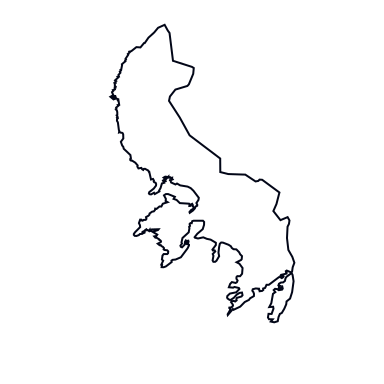 outline of Ulstein nor, Møre og Romsdal, Norway, rotated 326°
{"feature_id": "86288312B47478936056679", "entity_name": "Ulstein nor", "entity_type": "district", "adm_level": 2, "iso_a3": "NOR", "parent_name": "Norway", "parent_adm1": "Møre og Romsdal", "projection": "albers", "projection_center": [5.867, 62.327], "detail": "fine", "context": "isolated", "style": "outline", "palette": "ink", "viewbox_px": 384, "rotation_deg": 326, "n_neighbors": 0, "source": "geoboundaries", "source_scale": "gbopen_adm2", "svg_char_len": 6086}
<svg xmlns="http://www.w3.org/2000/svg" viewBox="0 0 384 384"><g transform="rotate(326 192 192)"><path d="M262.8,38.1L255.7,36.9L249.9,38.6L242.2,39.7L236.1,42.1L235.5,41.7L230.1,43.3L226.9,40.8L220.4,41.3L218.5,40.6L218.4,41.4L216.0,41.7L216.0,42.5L211.4,44.4L211.4,45.2L210.2,45.5L210.1,46.3L205.3,46.9L205.0,47.7L201.9,50.8L201.0,50.8L201.0,51.6L199.4,51.9L199.3,53.1L196.5,53.8L196.0,55.4L194.8,54.9L194.8,55.8L190.7,56.4L191.1,57.6L190.2,57.6L189.8,58.8L188.6,58.3L188.3,59.5L187.5,60.7L187.6,61.9L186.8,61.9L186.8,62.7L186.0,62.6L185.5,63.8L183.5,63.3L183.5,64.1L181.5,64.5L180.9,67.7L179.7,67.6L182.1,69.5L181.5,71.5L178.0,68.8L178.7,71.2L179.8,71.0L179.9,71.7L181.5,72.0L182.1,73.0L181.8,74.2L182.6,74.2L180.4,79.0L179.2,78.5L179.2,79.3L176.3,79.6L175.9,80.8L175.1,80.8L175.2,82.8L174.7,84.0L173.2,86.3L172.4,86.3L172.3,88.3L171.5,88.3L171.5,89.5L170.7,89.5L169.6,91.0L169.5,92.7L169.0,93.8L166.0,99.8L165.9,100.6L164.9,101.7L165.7,101.8L165.8,102.6L167.1,103.8L167.4,104.4L167.2,105.7L165.0,109.2L161.1,110.6L160.1,114.5L160.3,116.0L159.6,118.0L161.6,126.9L160.2,129.9L159.2,130.1L158.7,131.1L159.1,132.0L159.7,132.1L161.4,136.0L161.8,139.6L160.9,140.4L160.8,142.5L163.5,143.7L163.4,145.3L163.9,146.4L164.9,145.9L166.0,146.5L167.7,149.7L167.5,151.4L167.8,151.5L165.0,158.7L167.0,159.4L166.8,161.3L166.1,161.9L166.1,162.7L167.0,164.0L166.7,165.4L165.7,166.6L162.2,167.8L156.5,168.2L155.5,169.0L155.5,170.0L156.7,171.1L160.1,171.4L160.0,172.9L165.3,173.3L165.4,172.5L168.2,171.1L171.8,168.1L174.1,168.8L174.3,166.3L175.0,166.3L175.2,167.9L176.2,168.3L176.8,166.5L178.0,166.1L178.8,166.6L176.8,165.3L176.5,164.2L178.4,164.3L179.9,165.6L179.1,166.5L181.0,166.1L180.8,166.4L181.7,167.1L181.4,167.5L182.1,167.7L182.1,168.4L183.5,169.0L182.9,169.6L183.0,170.7L180.7,170.2L179.9,169.1L180.6,170.3L180.0,172.4L182.5,176.5L184.3,176.6L185.9,179.9L191.4,185.1L193.1,188.1L193.9,191.8L194.4,200.6L192.9,202.2L189.5,203.6L189.2,205.6L188.6,206.3L186.9,206.0L185.2,207.2L182.4,207.9L178.5,208.0L178.7,207.2L180.9,206.5L184.4,206.6L184.9,205.6L184.6,204.6L185.4,203.2L185.5,201.9L184.4,201.8L183.1,202.7L182.0,202.1L183.2,200.7L183.1,200.1L175.7,194.4L174.8,190.0L172.9,187.4L175.1,186.4L171.0,180.3L169.1,179.1L166.9,179.1L166.5,183.1L165.1,184.7L166.1,186.8L161.2,185.4L158.5,186.9L156.9,185.8L153.1,186.2L152.2,185.2L151.1,186.3L149.5,186.7L147.9,186.0L144.8,186.1L144.0,187.0L142.6,187.3L139.8,187.1L139.2,188.8L138.0,189.2L136.3,188.1L135.1,188.2L134.4,186.5L133.7,186.9L133.3,186.1L130.6,188.1L130.3,190.4L129.4,192.1L122.3,193.5L120.4,194.2L119.8,195.0L120.0,196.3L121.4,197.4L123.8,198.0L125.2,197.7L127.3,198.8L128.6,197.4L129.6,197.5L129.0,199.0L129.9,199.2L131.7,197.4L133.3,197.4L133.3,198.6L134.1,198.8L134.6,200.4L136.2,199.6L135.9,201.1L136.6,201.4L137.8,200.6L143.5,204.2L142.5,204.5L137.1,203.0L139.4,207.9L137.9,208.5L135.9,207.7L136.1,209.4L136.9,209.8L138.3,212.8L138.1,213.5L138.7,214.2L138.8,215.5L138.0,216.1L134.7,215.7L135.4,218.0L136.4,218.5L136.4,219.7L137.2,221.2L137.4,222.9L136.4,223.7L136.7,224.6L138.9,226.5L139.1,227.9L137.9,229.4L136.8,229.6L133.8,227.6L132.0,228.2L129.3,231.2L129.7,232.8L125.9,235.1L126.4,235.7L124.8,237.3L126.4,238.5L128.7,239.1L136.0,238.7L136.6,237.4L138.0,237.4L140.6,238.8L146.3,239.9L156.9,236.2L159.6,234.6L160.0,234.0L159.3,232.9L161.4,231.2L161.7,230.3L161.0,230.0L159.2,231.8L158.4,231.9L158.3,231.3L160.1,229.7L159.8,228.7L158.4,229.3L156.6,231.5L152.8,232.3L152.1,231.2L152.4,230.0L154.9,229.1L155.1,227.9L158.4,224.8L166.7,223.6L169.7,220.5L170.1,219.3L171.4,219.0L172.1,217.2L173.3,216.9L174.3,217.7L175.9,216.3L177.2,216.7L185.0,221.9L185.3,223.6L183.6,226.0L180.1,228.8L173.0,229.6L168.9,230.9L168.9,231.6L171.0,233.9L176.0,235.9L178.1,239.1L180.8,241.9L183.4,247.4L182.1,249.3L176.7,251.2L176.6,252.1L178.1,253.0L178.0,254.3L174.5,255.0L174.1,256.9L170.8,260.3L170.7,261.8L172.2,262.8L173.8,262.7L178.6,260.4L180.0,257.1L183.6,252.9L186.1,250.5L187.9,250.2L189.3,251.2L192.8,256.2L193.9,258.8L193.7,260.5L194.4,262.6L196.7,264.4L197.4,268.3L197.1,270.6L197.6,273.1L195.6,275.5L194.7,275.8L189.7,275.2L191.2,278.0L191.4,283.3L187.8,287.8L184.8,288.7L182.5,287.1L181.3,287.4L180.3,288.8L180.3,290.9L178.7,291.9L177.3,291.8L174.7,289.0L172.3,289.5L169.3,291.6L172.6,294.3L174.1,294.5L177.2,297.8L177.1,298.9L172.6,299.9L166.6,297.4L163.1,298.0L162.1,299.1L161.9,300.1L162.8,302.4L163.8,303.1L167.6,303.1L171.6,302.1L174.9,302.2L177.2,303.3L176.2,305.8L174.6,306.3L170.1,304.9L168.8,305.6L168.4,306.8L166.5,306.9L165.9,305.8L163.9,304.8L162.8,305.1L162.9,308.1L162.4,309.2L160.2,309.7L158.3,308.7L158.0,309.1L158.3,310.3L157.3,311.3L153.2,313.3L152.9,314.0L160.5,311.9L160.6,312.9L167.9,314.0L174.2,312.7L178.9,313.3L180.7,312.6L185.1,312.9L186.4,311.2L186.9,309.4L186.8,307.6L188.0,306.6L190.9,307.6L193.4,309.6L192.8,310.2L193.1,311.2L192.6,312.1L194.8,313.2L196.3,313.1L197.0,311.8L199.0,312.4L201.9,310.6L203.8,311.9L216.5,311.2L217.5,311.8L218.3,313.6L219.5,313.6L219.4,312.9L220.7,312.9L220.4,312.2L219.4,312.2L218.8,310.8L219.5,310.5L224.7,312.5L225.3,312.0L225.1,311.0L225.5,310.1L226.6,310.1L229.4,314.3L230.4,314.0L233.4,310.7L237.3,307.9L238.9,301.9L239.5,293.9L245.0,283.3L251.8,274.2L254.5,272.7L256.9,270.1L257.2,266.3L249.6,264.8L248.8,253.3L255.3,249.2L264.2,241.3L257.0,221.1L254.9,219.5L253.2,219.9L250.6,218.8L245.9,207.4L232.1,197.4L226.6,191.3L234.1,180.0L221.7,143.7L223.5,123.4L223.9,103.6L227.1,100.5L235.5,97.8L247.5,101.5L249.6,101.0L259.1,94.7L262.8,90.2L261.9,88.2L249.6,72.6L262.3,47.6L262.2,44.6L262.8,38.1ZM223.1,315.1L221.3,315.8L219.3,317.7L217.0,317.9L215.1,316.8L212.8,316.7L211.5,317.7L212.5,319.0L211.1,319.1L210.4,320.1L210.8,321.2L213.9,321.0L213.2,322.8L212.1,323.3L209.0,321.9L208.4,320.2L206.7,318.7L204.9,319.0L205.1,321.6L202.2,321.7L195.6,328.5L191.7,330.6L195.1,332.5L194.3,334.3L189.8,337.6L187.3,335.8L184.8,338.5L184.7,340.5L187.7,342.7L184.9,343.5L187.3,346.0L190.8,347.1L193.9,344.0L196.7,342.2L198.8,342.5L203.2,340.4L207.3,337.8L209.2,335.6L213.7,335.2L219.0,331.0L226.3,322.8L229.0,317.0L229.3,314.9L223.1,315.1Z" fill="none" stroke="#020617" stroke-width="2"/></g></svg>